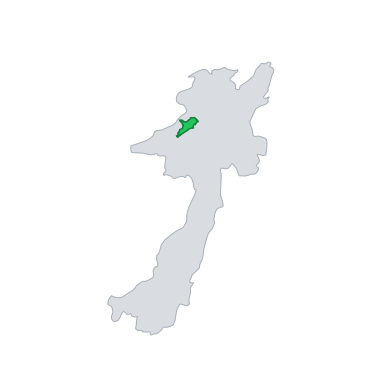 location of Xayabury, Xaignabouri, Laos, rotated 52°
{"feature_id": "54806243B33263536107657", "entity_name": "Xayabury", "entity_type": "district", "adm_level": 2, "iso_a3": "LAO", "parent_name": "Laos", "parent_adm1": "Xaignabouri", "projection": "equal_earth", "projection_center": [101.662, 19.251], "detail": "fine", "context": "in_parent", "style": "filled", "palette": "green", "viewbox_px": 384, "rotation_deg": 52, "n_neighbors": 0, "source": "geoboundaries", "source_scale": "gbopen_adm2", "svg_char_len": 7109}
<svg xmlns="http://www.w3.org/2000/svg" viewBox="0 0 384 384"><g transform="rotate(52 192 192)"><path d="M148.0,54.2L149.3,57.3L155.7,65.6L156.8,67.9L159.1,69.6L161.0,77.1L161.8,77.5L162.9,77.0L163.7,76.0L164.3,73.1L164.8,72.8L165.5,75.2L167.3,75.9L168.0,76.9L168.3,78.7L168.0,80.6L166.5,84.8L165.7,90.5L171.9,102.8L174.5,104.4L180.7,106.4L184.9,109.1L186.8,108.5L188.7,105.4L190.9,103.7L195.0,101.1L196.2,101.0L198.5,102.0L202.3,105.1L208.1,110.8L207.9,112.3L206.8,113.8L203.8,116.1L202.8,117.5L203.4,118.1L206.0,118.4L209.0,119.7L209.9,121.2L210.4,124.6L211.0,125.3L213.8,124.9L214.6,125.4L215.6,126.5L216.6,129.3L216.6,131.4L213.9,135.2L213.6,137.4L212.2,140.1L208.4,144.6L207.4,144.8L200.3,142.4L194.8,142.7L194.3,143.6L195.3,146.3L195.5,149.0L194.7,151.1L191.5,153.7L191.4,154.9L192.0,156.1L196.7,158.5L211.7,171.4L218.5,173.9L221.5,175.5L222.3,176.4L222.3,177.6L221.5,179.0L220.9,181.6L220.9,183.1L221.6,184.6L222.8,186.8L227.0,191.7L230.1,192.9L233.3,198.5L234.3,203.4L235.9,206.6L243.8,217.3L250.3,223.9L254.3,231.0L256.2,232.6L256.8,235.2L257.3,242.7L259.6,246.4L260.1,247.9L261.1,249.0L262.2,249.3L264.4,246.8L264.9,247.2L266.0,251.1L266.9,252.6L270.4,255.0L274.1,259.8L276.1,261.5L278.5,262.9L278.9,264.4L278.5,265.9L277.7,266.9L273.5,269.7L272.9,270.9L275.8,277.0L282.9,284.6L285.2,289.1L284.7,291.3L282.8,295.7L281.3,296.9L281.0,298.3L282.1,301.9L282.0,307.4L280.7,308.8L279.5,312.2L278.6,312.4L276.4,311.2L271.9,317.1L270.0,316.8L267.7,320.1L264.8,320.5L262.7,318.0L258.4,314.1L256.8,311.7L255.5,313.8L253.2,315.8L250.0,315.1L249.1,318.0L248.5,318.6L244.6,319.1L243.9,319.5L244.5,322.2L246.9,326.7L247.6,329.4L246.2,333.6L242.1,333.5L240.3,331.8L238.0,328.2L232.8,325.8L229.4,327.4L228.3,327.3L225.7,324.3L224.7,322.3L224.1,319.4L228.1,317.1L230.0,315.2L231.3,313.3L231.9,311.3L232.5,302.8L233.0,299.9L232.7,296.2L231.6,293.4L231.6,289.1L232.1,285.6L233.6,283.8L234.6,281.3L235.2,275.7L234.7,274.3L233.2,272.9L230.7,271.6L229.2,270.0L228.5,268.0L228.6,266.2L229.3,264.7L227.4,263.0L222.9,261.2L220.4,259.0L219.9,256.4L218.0,253.0L214.7,248.8L213.0,242.8L212.8,234.9L213.1,228.5L214.5,221.1L212.6,215.8L210.5,213.0L207.6,210.9L204.8,207.9L202.2,204.1L199.1,198.3L195.4,190.8L192.9,187.4L191.7,188.2L189.1,187.5L185.1,185.3L181.6,184.1L178.6,184.0L176.7,184.5L175.8,185.6L175.7,186.8L176.5,187.9L176.1,188.8L174.5,189.4L173.3,190.6L171.9,193.4L170.9,197.0L169.4,198.4L167.1,198.7L164.9,199.8L162.7,201.5L161.6,202.9L161.8,203.8L161.3,204.0L160.2,203.5L159.7,202.3L159.7,200.4L158.6,199.1L156.3,198.5L153.7,196.4L148.6,191.2L147.5,191.0L145.8,192.3L143.7,195.3L141.9,196.4L140.5,195.8L139.5,196.9L138.7,199.5L137.3,201.6L130.6,207.3L124.5,214.5L123.0,215.2L119.3,213.1L118.1,211.7L123.2,196.8L123.9,193.2L123.8,188.5L121.6,184.5L121.6,183.3L121.9,182.1L124.5,177.5L127.5,165.7L127.3,162.0L126.0,158.0L125.3,154.1L125.9,148.9L125.6,146.9L124.2,145.9L119.6,144.8L117.0,145.7L115.7,147.1L114.2,148.0L111.3,148.5L108.5,146.7L106.3,143.7L105.7,140.0L108.6,132.1L109.3,129.1L109.2,127.7L108.7,126.2L108.0,126.0L106.6,124.1L105.2,120.8L103.8,119.3L102.5,119.6L101.4,120.9L99.4,124.0L98.8,123.5L100.6,112.7L102.2,108.0L104.1,105.9L106.0,105.0L108.1,105.3L109.9,104.9L111.3,103.8L111.2,103.2L109.5,103.0L108.9,101.8L109.2,99.5L110.0,98.0L111.1,97.3L112.2,94.9L113.3,91.0L114.6,89.0L116.1,88.9L118.8,87.2L122.5,83.9L123.9,80.6L125.3,82.1L124.8,85.9L125.6,86.7L125.9,88.0L125.7,90.1L126.0,91.9L126.6,92.7L127.4,93.2L131.4,91.7L133.8,91.5L137.7,94.3L140.1,92.2L140.1,91.5L138.2,88.9L138.8,79.4L138.5,72.2L135.2,66.9L134.6,64.7L134.2,61.2L133.3,58.2L135.7,55.8L136.9,51.4L138.5,50.4L139.1,50.5L141.1,53.8L143.6,52.2L145.5,52.2L147.1,53.1L148.0,54.2Z" fill="#d9dde1" stroke="#a8b0b8" stroke-width="1"/><path d="M137.8,143.6L135.5,144.1L134.9,144.3L134.6,144.6L134.4,144.9L134.1,145.6L134.0,145.8L133.9,145.9L133.8,146.0L133.6,146.2L133.3,146.6L132.8,147.1L132.7,147.2L132.7,147.4L132.7,147.6L132.9,147.8L133.2,148.2L133.3,148.3L133.3,148.6L133.3,148.8L133.2,149.1L133.3,149.2L133.3,149.3L133.3,149.5L133.3,149.9L133.2,150.1L133.3,150.4L133.4,150.5L133.4,150.8L133.3,151.0L133.4,151.3L133.3,151.5L133.4,151.8L133.5,151.9L133.5,152.2L133.3,152.4L133.3,152.6L133.2,152.7L133.2,152.8L133.3,153.0L133.2,153.3L133.0,153.6L133.0,154.1L132.9,154.2L132.8,154.3L132.7,154.5L132.4,154.6L132.2,154.7L132.1,154.8L132.1,154.7L132.0,154.8L131.9,154.9L131.7,154.8L131.5,155.0L131.4,155.2L131.3,155.3L131.2,155.4L130.9,155.3L130.7,155.3L130.4,155.3L130.2,155.4L130.1,155.5L129.9,155.4L129.8,155.5L129.6,155.4L129.4,155.5L129.5,155.6L129.4,155.8L129.4,156.0L129.2,156.3L129.3,156.3L129.3,156.6L129.2,156.6L128.9,156.5L128.7,156.6L128.4,156.6L128.3,156.8L128.2,157.2L128.0,157.3L127.8,157.5L128.2,157.7L128.4,157.6L129.5,157.7L130.1,157.6L130.5,157.4L130.9,157.3L131.1,157.3L131.3,157.3L131.7,157.3L131.8,157.4L132.1,157.4L132.3,157.5L132.7,157.7L132.8,157.7L133.1,157.7L133.3,157.7L133.3,157.8L133.5,157.7L133.8,157.8L134.0,157.9L134.1,158.0L134.2,157.9L134.4,158.0L134.5,158.1L134.7,158.6L134.8,158.8L134.9,159.1L135.1,159.5L135.6,159.7L135.7,159.8L135.8,160.0L136.0,160.2L136.0,160.3L135.9,160.4L135.9,160.5L135.9,160.8L135.9,161.0L135.9,161.3L135.9,161.5L135.7,161.8L135.6,162.3L135.4,162.6L135.3,162.8L135.3,163.2L135.5,163.5L135.9,163.9L135.9,164.2L136.1,164.6L136.3,164.7L136.6,164.8L136.6,165.0L136.6,165.3L136.7,165.5L136.6,165.8L136.6,166.0L136.8,166.1L136.8,166.3L136.8,166.5L136.8,166.8L137.0,166.9L137.1,166.7L137.3,166.6L137.4,166.8L137.5,166.7L137.6,166.8L137.7,167.0L137.9,166.9L138.0,167.1L138.3,167.2L138.6,167.0L138.7,167.3L138.6,167.6L138.6,167.9L138.5,168.2L138.4,168.4L138.3,168.6L138.3,168.9L138.2,169.1L138.2,169.3L138.2,169.6L138.7,169.8L139.3,169.8L139.5,169.7L139.8,169.6L140.1,169.4L140.0,169.2L139.9,169.1L139.9,168.8L139.9,168.7L139.8,168.3L139.9,168.2L139.9,167.9L139.9,167.7L140.0,167.5L140.0,167.3L140.0,167.2L140.0,166.9L140.0,166.7L140.1,166.4L140.1,166.2L140.1,165.8L140.0,165.5L140.0,165.4L140.0,165.2L140.0,164.9L139.9,164.7L140.0,164.1L140.0,163.7L140.1,163.3L140.1,163.1L140.2,162.7L140.2,162.3L140.2,162.0L140.2,161.6L140.2,161.4L140.3,160.8L140.3,160.2L140.4,159.8L140.4,159.7L140.5,159.2L140.6,158.8L140.6,158.4L140.7,158.2L140.7,157.9L140.7,157.6L140.6,157.3L140.5,157.1L140.6,156.9L140.4,156.7L140.3,156.3L140.4,156.2L140.4,155.8L140.4,155.6L140.5,155.4L140.6,155.2L140.8,154.7L140.9,154.4L140.9,154.2L141.1,153.7L141.2,153.4L141.3,153.2L141.4,152.9L141.6,152.6L141.8,152.5L141.8,152.4L142.0,152.1L142.2,151.8L142.4,151.7L142.4,151.4L142.2,151.3L142.1,151.2L142.0,151.3L142.0,151.2L141.9,151.1L141.5,151.1L141.3,150.9L141.1,150.7L140.9,150.6L140.7,150.4L140.7,150.2L140.4,149.7L140.2,149.3L140.1,149.1L140.1,148.9L140.1,148.7L140.1,148.4L140.1,148.2L140.3,148.1L140.4,147.8L140.4,147.6L140.5,147.6L140.4,147.5L140.5,147.1L140.4,147.0L140.4,146.9L140.3,146.6L140.3,146.4L140.2,146.2L140.0,145.8L140.0,145.4L140.0,145.2L140.1,144.7L140.2,144.4L140.2,144.1L140.2,143.8L140.2,143.7L139.9,143.6L139.7,143.6L139.3,143.9L139.2,144.1L138.9,144.3L138.8,144.2L138.5,144.2L138.4,144.2L138.2,144.0L137.9,144.1L137.8,143.8L137.8,143.6Z" fill="#22c55e" stroke="#15803d" stroke-width="1.5"/></g></svg>